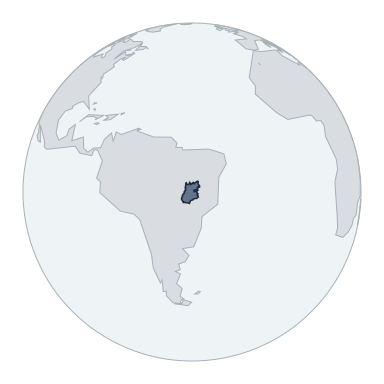 Goiás on an orthographic globe, rotated 346°
{"feature_id": "BRA-1294", "entity_name": "Goiás", "entity_type": "State", "adm_level": 1, "iso_a3": "BRA", "parent_name": "Brazil", "parent_adm1": "", "projection": "orthographic", "projection_center": [-49.017, -15.943], "detail": "fine", "context": "on_globe", "style": "filled", "palette": "slate", "viewbox_px": 384, "rotation_deg": 346, "n_neighbors": 0, "source": "natural_earth", "source_scale": "10m", "svg_char_len": 8940}
<svg xmlns="http://www.w3.org/2000/svg" viewBox="0 0 384 384"><g transform="rotate(346 192 192)"><circle cx="192" cy="192" r="169" fill="#eef3f6" stroke="#a8b0b8"/><path d="M152.1,27.8L150.9,28.1L153.4,27.5L151.4,28.1L157.4,26.6L159.2,26.4L156.8,27.1L151.8,28.2L133.7,34.1L129.7,36.1L129.1,37.3L139.1,36.5L136.8,38.5L137.6,40.4L141.3,38.5L141.9,36.4L148.9,33.8L148.9,32.1L151.7,31.0L153.8,29.3L159.2,28.5L163.3,28.8L161.8,30.4L163.6,30.7L169.6,28.7L171.3,31.7L180.1,34.2L180.0,35.4L171.4,38.0L159.7,38.8L148.5,44.1L161.5,39.8L160.9,43.7L163.2,44.2L166.5,43.8L169.0,42.2L170.0,43.6L157.5,47.8L156.5,46.6L160.4,45.1L154.9,45.7L146.5,49.5L146.9,51.7L133.8,56.6L133.9,58.4L131.1,60.8L131.8,57.5L130.2,63.8L114.9,73.8L112.4,87.0L108.7,77.9L103.5,78.0L97.0,79.9L96.4,82.0L88.5,82.9L79.9,89.9L74.4,101.8L75.3,109.5L84.2,107.0L88.0,101.2L95.2,98.3L87.7,113.3L99.9,112.3L97.4,123.3L100.6,128.2L107.3,125.5L114.0,127.0L119.6,119.8L128.2,115.2L127.7,124.1L133.0,115.4L137.4,119.1L155.0,117.3L153.5,119.5L168.2,129.4L185.2,133.8L189.2,140.7L187.0,145.0L193.2,146.3L193.3,149.1L218.5,154.4L232.1,162.6L232.1,172.9L221.6,184.2L214.0,210.1L195.7,218.3L192.3,229.2L180.4,245.6L169.1,244.6L173.7,252.8L168.6,258.0L161.7,258.7L161.8,264.6L156.7,265.1L161.0,268.8L154.9,277.1L159.1,283.4L155.2,290.2L158.2,293.8L155.9,293.9L154.1,295.6L154.7,297.8L146.8,294.9L142.1,286.6L143.0,282.0L140.0,281.7L141.8,270.1L139.4,272.7L136.0,256.5L137.6,242.9L134.6,206.2L130.4,199.5L117.8,193.1L102.4,170.3L105.7,159.7L102.7,155.6L112.6,140.2L110.5,128.4L107.2,127.3L103.5,132.5L92.7,127.3L89.7,119.3L61.4,115.4L59.6,112.5L61.3,105.8L61.1,90.2L56.9,107.0L55.1,105.0L55.3,99.7L57.4,97.2L60.4,89.0L60.0,87.7L67.3,78.0L69.3,75.8L78.0,67.3L87.2,59.5L97.0,52.3L107.2,45.8L117.9,40.1L129.0,35.2L140.4,31.1L152.1,27.8ZM110.6,91.9L124.6,96.3L115.6,98.5L117.5,97.0L114.2,94.7L107.6,93.5L99.9,96.6L110.6,91.9ZM119.2,82.9L116.7,82.9L119.3,82.4L119.2,82.9ZM150.8,29.9L152.2,29.6L151.1,30.1L150.8,29.9ZM150.2,29.6L147.8,30.4L147.2,30.4L148.7,29.9L150.2,29.6ZM153.4,28.7L146.4,30.3L145.4,30.3L150.3,28.6L153.4,28.7ZM160.7,301.3L147.8,296.2L154.7,298.3L157.6,294.6L165.0,298.8L160.7,301.3ZM170.0,291.7L174.4,289.7L176.0,290.7L173.3,292.4L170.0,291.7ZM324.4,87.0L323.9,86.4L318.1,79.6L318.0,79.4L324.4,87.0ZM315.9,77.1L314.4,75.9L320.0,82.0L321.0,83.7L311.9,74.0L309.4,71.2L296.3,60.5L298.8,63.1L311.3,73.6L309.4,72.2L312.8,76.6L308.7,72.1L294.3,60.8L289.4,60.2L290.9,69.5L286.4,69.4L279.1,66.1L270.8,55.0L281.8,56.6L279.0,53.5L270.1,48.1L274.2,49.3L271.9,47.5L275.4,48.3L273.8,45.6L276.4,46.4L269.4,42.1L269.8,42.1L273.8,44.5L278.0,46.9L282.2,49.2L294.3,57.5L305.5,66.8L315.9,77.1ZM277.3,46.2L276.8,45.9L265.9,40.1L263.9,39.4L256.2,35.8L254.9,35.2L266.3,40.3L277.3,46.2ZM360.8,198.7L360.3,203.8L358.0,221.9L354.3,236.4L350.1,242.3L345.5,254.3L342.6,256.4L339.1,263.0L334.0,268.5L327.3,272.6L321.1,268.4L324.6,262.0L327.5,248.0L333.1,216.8L338.8,205.0L339.9,194.8L335.0,170.4L336.3,159.3L334.0,153.6L329.9,153.3L326.7,146.7L323.8,145.7L302.6,144.8L293.7,135.9L277.1,112.4L279.2,104.5L275.2,94.9L285.7,69.6L292.8,72.5L306.6,74.2L309.2,76.0L312.8,82.0L327.4,95.2L325.9,90.9L333.8,100.3L334.8,101.7L341.2,112.7L346.7,124.2L351.4,136.0L355.2,148.2L358.0,160.6L359.9,173.2L360.9,185.9L360.8,198.7ZM287.8,82.6L288.9,85.2L288.9,85.3L287.8,82.6ZM155.6,117.2L157.7,118.8L154.8,119.0L155.6,117.2ZM113.8,102.1L117.0,101.8L118.5,102.8L116.0,103.6L113.8,102.1ZM142.3,98.6L146.2,98.9L141.9,100.0L142.3,98.6ZM127.0,96.9L139.1,98.6L130.7,102.0L123.1,101.1L128.6,99.6L127.0,96.9ZM116.6,87.7L118.5,87.9L117.6,89.4L116.6,87.7ZM121.1,82.6L120.3,82.9L119.6,81.9L121.1,82.6ZM161.6,43.5L162.6,43.2L165.8,43.1L163.9,43.9L161.6,43.5ZM182.7,39.7L183.8,42.1L181.7,40.7L179.2,41.9L171.5,40.9L179.5,36.0L177.2,38.2L182.7,39.7ZM163.6,38.8L167.5,39.6L162.9,39.0L163.6,38.8ZM255.9,38.8L259.3,40.1L261.1,41.6L257.8,42.0L255.1,39.6L255.9,38.8ZM263.6,41.7L253.6,36.5L255.3,36.5L256.0,37.3L258.1,37.8L259.9,39.3L271.2,44.9L273.5,46.8L266.2,45.6L267.3,44.7L263.9,43.4L263.6,41.7ZM225.4,27.7L221.1,26.6L230.2,27.8L233.2,28.7L230.1,28.7L224.8,27.8L225.4,27.7ZM163.4,26.0L161.2,26.4L161.5,26.2L163.7,25.8L163.4,26.0ZM168.7,24.7L173.5,24.5L171.2,24.8L177.3,24.8L173.6,25.8L169.9,25.6L171.6,26.7L166.7,27.0L168.6,27.8L160.5,27.3L156.2,27.9L162.4,26.7L165.8,25.7L166.0,25.5L163.4,25.5L158.1,26.5L168.7,24.7ZM215.0,24.6L213.0,24.4L217.6,25.0L213.4,24.4L214.0,24.6L217.8,25.1L203.2,25.2L200.4,26.5L200.3,28.1L193.1,27.5L188.6,25.9L186.3,24.3L190.1,23.5L186.2,23.6L186.8,23.4L189.7,23.4L185.7,23.3L187.0,23.2L186.1,23.1L200.6,23.3L215.0,24.6ZM308.9,74.3L310.3,75.2L311.8,75.8L314.0,78.8L308.9,74.3ZM299.2,66.5L300.1,66.6L303.9,70.7L302.4,70.0L299.2,66.5ZM297.2,63.4L299.8,66.3L297.5,64.3L297.2,63.4ZM274.2,44.6L274.7,44.7L276.0,45.5L277.3,46.3L274.2,44.6ZM323.0,86.0L325.8,89.1L323.6,86.8L323.0,86.0ZM346.6,260.1L344.3,265.0L344.9,262.9L348.5,254.7L353.9,240.1L354.2,239.4L346.6,260.1Z" fill="#d9dde1" stroke="#a8b0b8" stroke-width="1"/><path d="M200.0,182.8L200.4,183.1L200.5,183.2L200.5,183.3L200.2,183.5L200.1,183.8L200.2,184.0L200.4,184.1L200.4,184.3L200.3,184.5L200.1,184.6L199.9,185.3L199.9,185.6L199.9,185.9L200.0,186.3L200.1,186.5L200.3,186.9L200.5,187.0L200.8,187.4L200.8,187.6L200.7,187.7L200.7,187.8L200.7,188.0L200.8,188.2L200.8,188.4L200.8,188.5L200.7,188.7L200.5,188.9L200.4,188.9L200.4,189.1L200.2,189.1L199.8,189.0L199.7,188.8L199.5,188.6L199.2,188.4L199.0,188.6L198.9,188.7L199.0,188.8L198.9,189.0L199.0,189.1L199.0,189.3L198.9,189.5L198.5,189.3L198.4,189.3L198.2,189.3L197.9,189.9L197.9,190.0L198.0,189.9L198.1,190.0L198.0,190.4L197.9,190.5L197.9,190.9L198.0,190.9L198.1,191.0L198.1,191.4L198.2,191.5L198.2,191.8L197.8,191.9L197.6,191.9L197.5,192.0L197.4,192.0L197.2,192.1L197.1,192.3L196.9,192.3L196.8,192.6L196.8,192.9L196.7,193.1L196.6,193.3L196.4,193.7L196.5,193.8L196.9,194.1L197.0,194.4L197.1,194.6L197.2,194.9L197.3,195.1L197.2,195.1L197.1,195.4L196.9,195.6L196.7,195.6L196.7,195.8L196.5,196.0L196.4,196.1L196.2,196.3L196.2,196.5L196.3,196.7L196.5,196.6L196.8,196.7L196.9,196.8L196.9,197.0L196.8,197.3L196.7,197.6L196.7,197.9L196.8,198.0L196.9,198.3L196.7,198.3L196.5,198.5L196.1,198.7L195.8,199.0L195.1,199.4L194.8,199.3L194.7,199.3L194.4,199.2L194.1,199.1L193.8,199.1L193.1,199.1L192.6,199.1L192.2,199.0L191.6,199.3L191.0,199.9L190.9,199.9L190.8,199.7L190.7,199.6L189.8,199.9L189.7,199.9L189.2,199.9L188.9,200.0L188.4,200.1L188.0,200.7L187.9,200.8L187.9,201.1L187.7,201.3L187.4,201.4L187.3,201.5L187.2,201.6L187.0,201.8L186.9,201.9L186.9,202.1L186.9,202.4L186.8,202.5L186.7,202.4L186.4,202.1L186.2,201.9L185.8,201.8L185.7,201.8L185.3,201.5L185.0,201.5L184.9,201.5L184.7,201.4L184.1,201.2L183.9,201.0L183.5,200.9L183.4,200.8L183.0,200.6L182.8,200.5L182.7,200.5L182.4,200.3L182.3,200.2L182.0,200.3L181.7,200.2L181.6,200.3L181.2,200.2L181.3,199.8L181.5,199.5L181.5,199.4L181.1,199.2L180.9,199.3L180.8,199.2L180.7,199.1L180.7,198.5L180.7,198.2L180.5,197.9L180.4,197.6L180.3,197.4L180.2,197.2L180.1,196.9L180.2,196.7L180.2,196.4L180.3,196.3L180.2,196.1L180.3,195.9L180.4,195.7L180.6,195.5L180.6,195.4L180.7,195.2L180.7,194.9L180.9,194.7L181.3,194.5L181.6,194.2L181.8,193.8L181.8,193.5L181.7,193.4L181.7,193.1L181.8,193.0L182.0,193.0L182.0,192.9L182.0,192.7L182.3,192.6L182.5,192.4L182.7,192.2L182.8,192.1L182.9,191.9L183.1,191.9L183.5,191.8L183.6,191.7L183.8,191.7L184.0,191.4L184.2,191.1L184.1,190.9L184.3,190.7L184.4,190.4L184.4,190.2L184.5,190.0L184.5,189.9L184.6,189.7L184.9,189.4L185.1,189.4L185.2,189.2L185.4,189.2L185.5,189.2L185.5,189.3L185.9,189.2L186.0,189.0L186.1,188.9L186.1,188.7L186.2,188.2L186.3,188.2L186.4,187.8L186.4,187.7L186.4,187.3L186.4,187.1L186.6,186.8L186.5,186.7L186.8,186.5L186.7,186.4L186.7,186.2L186.8,186.1L186.8,185.9L186.7,185.8L186.7,185.6L186.8,185.4L187.0,185.1L187.0,184.9L187.3,184.6L187.5,184.2L187.5,183.9L187.5,183.7L187.6,183.4L187.8,183.2L187.8,182.9L187.9,182.5L188.0,182.4L188.0,182.2L188.2,181.9L188.3,181.9L188.7,181.6L188.8,181.6L188.8,181.8L188.6,182.0L188.6,182.3L188.4,182.6L188.4,183.0L189.0,183.4L189.3,183.4L189.4,183.5L190.1,183.8L190.4,183.9L190.9,184.1L191.0,184.0L191.0,183.7L191.2,183.3L191.7,182.5L191.9,182.4L192.0,182.3L192.0,182.5L192.3,182.7L192.5,182.8L192.6,183.0L192.6,183.4L192.7,183.6L192.7,183.9L192.7,184.2L192.7,184.3L192.8,184.5L192.9,184.4L193.0,184.3L193.0,183.9L193.5,183.9L193.8,183.9L194.0,183.8L194.3,183.6L194.5,183.5L194.4,183.8L194.6,183.9L195.0,184.1L195.3,184.2L195.9,184.4L195.7,183.8L195.8,183.8L195.9,183.6L196.0,183.8L196.1,184.0L196.3,184.2L196.5,184.1L196.8,183.9L197.0,183.9L197.5,183.6L197.9,183.6L198.1,183.6L198.4,183.5L198.5,183.5L198.8,183.1L199.0,183.1L199.3,183.0L199.4,182.9L199.7,182.9L199.8,182.9L200.0,182.8L200.0,182.8ZM196.8,192.3L196.7,192.2L196.7,191.9L196.8,191.5L196.9,191.3L196.8,191.2L196.6,190.8L196.5,190.7L194.4,190.7L194.3,191.0L194.2,191.1L194.2,191.3L194.3,191.4L194.2,191.6L194.1,192.0L194.2,192.3L194.4,192.3L196.9,192.3L196.8,192.3Z" fill="#64748b" stroke="#1e293b" stroke-width="1.5"/></g></svg>